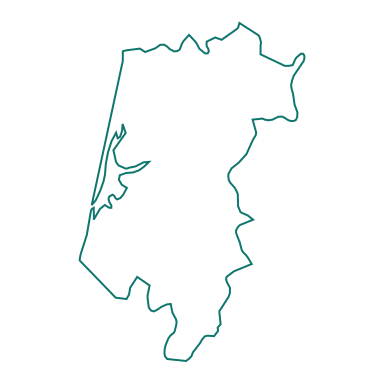 an SVG outline of Aveiro
{"feature_id": "PRT-739", "entity_name": "Aveiro", "entity_type": "District", "adm_level": 1, "iso_a3": "PRT", "parent_name": "Portugal", "parent_adm1": "", "projection": "orthographic", "projection_center": [-8.444, 40.685], "detail": "fine", "context": "isolated", "style": "outline", "palette": "teal", "viewbox_px": 384, "rotation_deg": 0, "n_neighbors": 0, "source": "natural_earth", "source_scale": "10m", "svg_char_len": 2520}
<svg xmlns="http://www.w3.org/2000/svg" viewBox="0 0 384 384"><path d="M79.6,260.2L80.6,254.4L86.8,235.0L91.0,210.4L91.9,209.0L93.7,207.8L93.9,216.7L93.7,219.6L100.1,208.8L104.8,205.0L109.3,207.8L111.3,207.8L111.3,205.2L110.5,204.1L109.2,201.7L108.5,198.9L109.3,196.5L112.5,194.7L114.3,196.0L115.5,198.2L117.1,199.4L120.3,198.1L123.0,195.0L126.9,187.9L121.8,184.8L118.9,179.8L119.8,175.2L125.8,173.1L133.2,172.4L139.0,170.3L144.0,166.7L149.0,161.9L143.6,162.3L135.5,166.4L128.7,167.8L127.5,168.4L125.7,168.6L118.3,165.3L116.0,161.8L113.4,150.2L125.7,133.0L122.6,124.0L122.1,130.9L120.1,136.7L117.7,138.3L116.1,132.7L111.5,141.3L108.0,152.3L105.8,164.0L105.0,174.7L103.5,181.5L100.0,191.3L95.7,200.3L91.7,205.1L122.8,60.9L122.8,51.3L122.9,51.2L125.9,50.4L139.9,48.6L145.1,52.0L155.3,48.3L160.2,44.8L164.1,44.7L167.0,46.4L169.6,49.0L174.1,51.4L177.4,51.1L179.8,49.4L182.0,43.6L183.4,41.2L189.0,34.9L195.5,41.8L197.0,44.2L199.4,48.8L205.1,53.4L207.7,53.4L208.8,51.5L208.3,48.8L206.8,46.4L206.5,43.8L206.8,41.6L215.2,37.5L221.6,39.8L237.0,28.9L238.1,27.7L239.4,23.0L258.8,35.5L259.9,38.1L261.0,42.2L260.6,45.1L260.5,54.3L284.6,65.8L288.4,65.9L292.7,65.1L294.9,60.1L295.7,58.6L296.6,57.4L300.9,53.7L303.1,53.8L304.2,55.3L304.4,57.2L304.4,58.2L304.3,58.8L303.7,61.0L293.7,75.8L292.1,80.4L291.1,85.3L291.5,88.2L293.0,93.8L294.6,104.7L297.4,112.4L297.2,117.3L295.6,120.3L292.8,121.1L289.9,120.8L287.2,119.6L284.7,117.8L282.0,116.6L278.2,116.8L272.6,119.6L268.7,120.3L265.0,119.7L262.4,118.6L252.6,119.6L256.2,132.6L255.8,135.0L252.9,139.9L246.5,154.0L239.0,162.4L231.5,168.4L228.5,173.9L228.3,175.7L228.4,177.6L228.9,180.3L230.4,182.9L234.8,187.8L236.7,191.4L237.8,194.3L238.1,206.2L240.4,211.9L241.9,212.9L247.7,215.4L253.1,219.7L240.0,225.0L237.8,227.2L236.0,230.4L236.2,233.3L239.8,242.5L241.8,250.2L243.7,252.9L245.9,255.0L247.9,257.6L251.7,264.0L234.1,271.2L226.6,276.8L226.1,279.2L226.8,282.0L230.0,287.9L229.8,293.4L228.5,297.0L219.3,311.3L220.6,324.4L217.7,327.4L218.0,331.0L214.1,336.1L207.1,335.7L204.8,336.4L202.1,339.5L200.2,342.9L192.9,352.4L191.4,356.3L188.5,359.2L186.0,361.0L167.2,359.0L165.0,356.2L164.5,353.7L164.6,349.8L165.5,345.4L168.1,339.0L169.9,336.2L171.6,334.5L172.6,333.8L174.0,332.6L174.6,331.4L176.2,325.1L176.6,322.5L176.1,319.5L172.4,312.5L170.7,304.0L166.9,304.4L161.9,306.6L156.6,310.1L153.8,311.4L151.1,310.6L148.8,307.6L147.8,300.0L147.5,295.8L149.6,285.5L137.2,276.9L130.2,287.7L129.0,294.6L126.5,299.0L115.7,297.7L80.3,261.1L79.6,260.2Z" fill="none" stroke="#0f766e" stroke-width="2"/></svg>